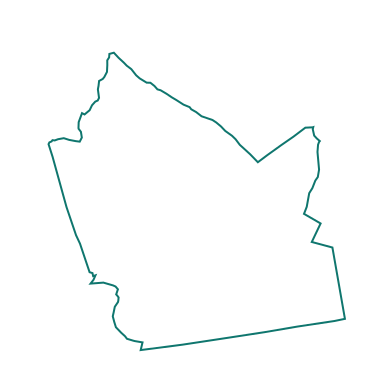 outline of Kankossa, Assaba, Mauritania, rotated 171°
{"feature_id": "47542326B30732925248213", "entity_name": "Kankossa", "entity_type": "district", "adm_level": 2, "iso_a3": "MRT", "parent_name": "Mauritania", "parent_adm1": "Assaba", "projection": "albers", "projection_center": [-11.033, 15.705], "detail": "fine", "context": "isolated", "style": "outline", "palette": "teal", "viewbox_px": 384, "rotation_deg": 171, "n_neighbors": 0, "source": "geoboundaries", "source_scale": "gbopen_adm2", "svg_char_len": 1629}
<svg xmlns="http://www.w3.org/2000/svg" viewBox="0 0 384 384"><g transform="rotate(171 192 192)"><path d="M267.4,43.9L225.3,42.7L180.0,42.4L142.4,42.2L109.0,42.6L71.5,42.3L60.8,42.8L62.0,115.2L81.5,123.9L69.9,140.8L84.8,152.9L83.5,155.1L81.0,159.4L76.4,172.5L72.5,177.0L68.4,184.0L65.4,187.1L63.0,194.2L61.8,211.9L60.1,219.0L58.7,221.5L57.8,222.3L60.4,225.4L62.5,228.6L62.9,235.1L62.1,237.1L62.7,237.0L70.0,237.8L83.1,230.8L96.6,224.3L111.9,216.6L122.3,211.1L128.6,220.1L137.4,231.1L140.7,237.3L143.7,241.3L149.6,247.1L153.1,252.2L157.2,256.9L160.5,259.9L170.7,265.3L175.4,270.3L179.8,273.8L181.1,276.2L186.7,279.6L193.1,285.3L197.2,288.7L201.8,293.0L207.1,297.4L210.1,298.8L212.5,302.6L216.0,306.4L219.7,307.1L225.9,312.4L228.9,316.0L232.7,322.8L236.7,327.0L239.0,330.3L243.5,336.0L247.4,341.8L252.0,341.3L252.8,337.9L255.1,335.3L255.8,330.6L257.2,323.9L260.6,319.3L262.5,317.6L266.4,316.2L267.7,311.5L268.9,308.1L269.1,299.5L270.8,297.1L273.4,296.4L277.2,293.3L280.3,288.8L286.0,285.4L288.3,287.1L293.0,278.7L294.1,273.0L294.1,272.2L292.3,268.8L292.3,263.0L295.0,259.3L298.8,260.4L305.2,262.7L310.2,265.2L316.0,265.1L319.5,264.4L321.7,265.0L322.8,263.9L325.1,263.3L326.2,261.7L324.2,248.6L318.3,196.7L313.3,167.5L310.7,158.5L305.7,128.8L303.0,127.5L302.8,124.4L300.4,124.8L303.0,120.7L306.5,117.4L294.2,116.4L293.8,116.4L284.6,112.1L282.3,110.6L280.4,107.5L282.9,102.7L282.0,101.3L281.0,99.3L281.8,96.2L282.0,95.7L282.3,94.9L286.2,90.7L288.2,85.4L289.7,81.6L289.3,77.7L289.1,75.7L288.3,70.3L283.9,64.0L280.7,60.0L279.2,57.2L273.2,54.3L271.8,53.7L264.4,51.2L267.4,43.9Z" fill="none" stroke="#0f766e" stroke-width="2"/></g></svg>